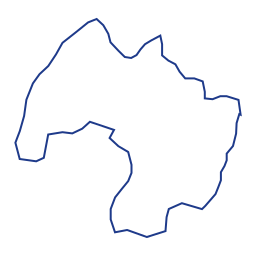 outline of Yesan-gun, South Chungcheong, South Korea
{"feature_id": "91817680B1629367715088", "entity_name": "Yesan-gun", "entity_type": "district", "adm_level": 2, "iso_a3": "KOR", "parent_name": "South Korea", "parent_adm1": "South Chungcheong", "projection": "equal_earth", "projection_center": [126.793, 36.657], "detail": "fine", "context": "isolated", "style": "outline", "palette": "blue", "viewbox_px": 256, "rotation_deg": 0, "n_neighbors": 0, "source": "geoboundaries", "source_scale": "gbopen_adm2", "svg_char_len": 1042}
<svg xmlns="http://www.w3.org/2000/svg" viewBox="0 0 256 256"><path d="M240.6,114.7L238.5,99.9L226.6,96.2L220.3,96.2L212.6,99.2L204.8,98.4L204.8,91.8L202.7,81.4L194.3,78.4L185.2,78.4L179.6,71.7L175.4,64.3L168.4,60.6L162.1,55.4L162.1,44.2L160.3,35.6L151.3,40.4L145.0,44.2L140.5,49.4L136.5,55.1L131.1,58.0L124.8,57.0L118.6,50.9L110.5,42.3L108.3,33.8L103.3,25.2L96.6,19.0L88.1,22.4L75.7,32.4L62.5,42.8L60.2,46.9L56.0,54.4L48.3,66.0L39.5,74.2L32.9,83.4L26.4,99.7L24.1,116.0L19.8,131.1L16.9,138.7L15.4,142.7L19.7,159.0L36.2,161.3L43.8,157.8L48.2,134.5L62.5,132.2L72.3,133.4L82.2,128.7L89.9,121.8L114.0,129.9L109.6,138.0L118.4,146.2L128.2,152.0L131.5,164.8L131.5,172.9L128.2,181.1L121.6,189.2L115.1,197.4L110.7,209.0L110.7,219.5L115.0,232.3L127.1,230.0L128.9,230.6L146.8,237.0L165.5,231.1L166.6,217.1L168.8,209.0L181.9,203.2L202.0,209.1L205.2,206.0L215.5,194.1L218.2,187.4L220.9,180.3L220.9,172.2L224.5,166.0L226.7,160.3L226.7,153.6L233.0,146.0L236.1,133.6L236.6,123.1L239.3,114.1L240.6,114.7Z" fill="none" stroke="#1e3a8a" stroke-width="2"/></svg>